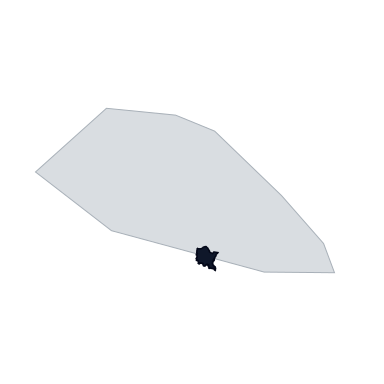 location of Lumiere, Dennery, Saint Lucia, rotated 103°
{"feature_id": "8701671B42420673442147", "entity_name": "Lumiere", "entity_type": "district", "adm_level": 2, "iso_a3": "LCA", "parent_name": "Saint Lucia", "parent_adm1": "Dennery", "projection": "natural_earth1", "projection_center": [-60.885, 13.94], "detail": "fine", "context": "in_parent", "style": "filled", "palette": "ink", "viewbox_px": 384, "rotation_deg": 103, "n_neighbors": 0, "source": "geoboundaries", "source_scale": "gbopen_adm2", "svg_char_len": 4335}
<svg xmlns="http://www.w3.org/2000/svg" viewBox="0 0 384 384"><g transform="rotate(103 192 192)"><path d="M247.8,261.8L207.7,349.0L129.7,294.2L120.8,225.3L127.6,183.6L175.4,103.9L212.6,52.2L238.6,35.0L253.8,103.7L247.8,261.8Z" fill="#d9dde1" stroke="#a8b0b8" stroke-width="1"/><path d="M242.0,165.9L242.0,166.0L242.2,166.6L242.2,166.9L242.3,167.0L242.6,167.1L242.6,167.5L242.9,168.0L243.2,168.6L243.4,168.7L243.5,168.8L243.9,168.9L244.3,169.3L244.6,169.5L244.8,169.9L245.1,170.2L245.3,170.4L245.4,170.7L245.4,171.1L245.6,171.7L245.7,171.9L245.8,172.4L245.8,172.9L246.0,173.3L245.7,173.9L246.4,174.3L246.5,174.3L246.9,174.0L247.2,173.8L247.5,173.8L247.8,174.0L248.1,174.1L248.8,173.8L249.2,173.9L249.4,173.9L249.8,173.8L250.0,173.7L250.5,173.1L250.8,172.9L251.2,173.3L251.3,173.6L251.5,173.7L251.8,173.5L252.3,173.7L252.7,172.9L252.8,172.8L253.3,172.5L253.4,172.4L253.8,172.4L253.9,172.5L254.2,172.7L254.3,172.6L254.5,172.7L254.9,172.4L255.0,172.4L255.2,172.5L255.4,172.5L255.6,172.6L255.8,173.0L256.0,173.0L256.1,172.9L256.2,172.6L256.3,172.5L256.4,172.4L256.7,172.3L257.0,172.3L257.3,172.4L257.7,172.3L257.7,172.2L257.6,171.9L257.6,171.7L257.4,171.6L257.5,171.5L257.6,171.4L257.5,171.2L257.4,171.1L257.2,170.9L257.2,170.7L257.3,170.6L257.5,170.4L258.0,170.4L258.1,170.5L258.2,170.4L258.3,170.4L258.5,170.3L259.0,170.1L259.3,169.9L259.4,169.7L259.5,169.7L259.8,169.3L259.9,169.2L260.0,169.3L260.0,169.2L260.3,169.0L260.2,168.9L260.3,168.9L260.5,169.0L260.6,168.9L260.5,168.7L260.3,168.6L260.1,168.8L260.0,168.7L259.9,168.8L259.5,168.8L259.5,168.7L259.3,168.7L259.2,168.6L259.1,168.2L259.1,167.7L259.3,167.8L259.3,167.7L259.5,167.7L259.4,167.5L259.5,167.4L259.5,167.0L259.4,166.9L259.2,166.7L259.1,166.3L259.2,166.2L259.1,165.9L259.0,165.6L259.0,165.3L259.1,165.2L259.3,165.2L259.6,165.2L259.8,165.2L260.1,165.1L260.3,165.0L260.9,164.5L261.3,164.3L261.4,164.2L261.4,163.7L261.4,163.3L261.3,163.1L261.3,162.8L261.3,162.7L261.1,162.6L260.9,162.6L260.7,162.6L260.5,162.4L260.3,162.4L260.0,162.3L259.9,162.2L259.7,162.1L259.6,161.9L259.7,161.7L259.8,161.6L259.7,161.5L259.8,161.5L259.7,161.4L259.7,161.5L259.6,161.4L259.4,161.2L259.3,161.3L259.2,161.4L259.1,161.5L258.7,161.6L258.8,161.6L258.7,161.4L258.9,161.3L258.9,161.2L259.1,161.0L259.3,161.0L259.2,160.9L259.4,160.7L259.5,160.6L259.4,160.4L259.5,160.3L259.4,160.3L259.4,160.1L259.3,159.9L259.5,159.9L259.4,159.7L259.2,159.5L259.3,159.5L259.4,159.4L259.5,159.4L259.5,159.5L259.6,159.4L259.6,159.2L260.3,158.9L260.5,159.0L260.5,158.9L260.9,159.0L260.9,158.9L261.1,158.8L261.2,158.7L261.3,158.6L261.7,158.4L261.8,158.4L261.9,158.5L262.1,158.4L262.2,158.5L262.3,158.5L262.4,158.4L262.6,158.1L262.5,157.8L262.3,157.7L262.2,157.6L261.9,157.5L261.8,157.4L261.9,157.2L261.9,156.9L262.0,156.9L262.1,156.7L262.2,156.4L262.1,155.9L262.1,155.7L262.0,155.4L262.0,155.2L261.8,154.9L261.9,154.7L262.0,154.5L262.1,154.3L261.9,154.0L261.8,153.8L261.7,153.8L261.5,153.7L261.6,153.4L261.7,152.7L261.9,152.6L262.0,152.5L262.3,152.5L262.6,152.8L262.7,152.7L262.8,152.7L263.0,152.4L263.0,152.2L263.1,151.9L263.2,151.7L262.7,151.6L262.6,151.8L262.4,151.8L262.3,152.1L262.1,152.3L261.8,152.6L261.7,152.6L261.4,152.3L261.5,152.2L261.4,152.1L261.3,152.4L261.1,152.8L260.9,152.8L260.7,152.7L260.6,152.3L260.5,152.2L260.4,152.3L260.1,152.6L259.9,152.6L259.7,152.6L259.6,152.8L259.4,153.3L259.3,153.6L259.4,154.0L259.3,154.4L259.2,154.4L258.8,154.2L258.7,154.3L258.4,154.7L258.2,155.2L258.2,155.4L258.2,155.5L257.9,155.6L257.7,155.6L257.2,155.6L256.9,155.7L256.9,155.9L257.0,156.0L256.9,156.2L256.7,156.2L256.2,155.8L255.9,155.8L255.1,155.9L254.9,156.1L254.7,155.7L254.1,155.2L253.9,155.6L253.6,155.8L253.4,155.9L253.3,155.5L253.2,155.1L252.9,155.0L252.7,155.1L252.6,155.3L251.9,155.5L251.8,155.2L251.7,155.1L251.5,155.3L251.3,155.2L251.2,155.1L250.7,155.1L250.4,154.9L250.1,154.9L249.9,154.8L249.8,154.7L249.7,154.6L249.2,154.4L248.8,154.3L248.5,154.3L248.2,154.3L247.7,154.4L247.5,154.5L247.1,154.4L246.8,154.2L246.6,154.0L246.4,153.9L246.2,153.4L245.7,153.3L245.5,153.2L245.2,153.1L245.5,157.2L247.4,158.2L246.7,160.9L246.5,161.4L246.3,161.6L246.0,161.6L245.7,161.6L245.4,161.8L245.2,162.1L244.9,162.4L244.8,162.6L244.6,162.7L244.5,162.8L244.4,163.0L244.2,163.0L243.9,163.5L243.7,163.7L243.4,163.7L243.1,164.0L243.0,164.3L243.0,164.5L242.0,165.9Z" fill="#0f172a" stroke="#020617" stroke-width="1.5"/></g></svg>